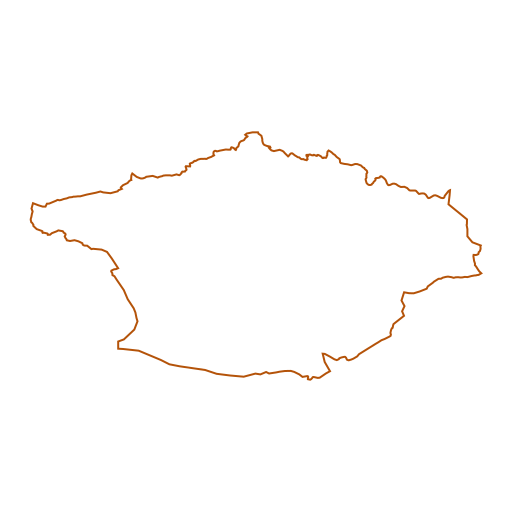 Vidra, Alba, Romania
{"feature_id": "2599482B12532638103294", "entity_name": "Vidra", "entity_type": "district", "adm_level": 2, "iso_a3": "ROU", "parent_name": "Romania", "parent_adm1": "Alba", "projection": "robinson", "projection_center": [22.929, 46.365], "detail": "fine", "context": "isolated", "style": "outline", "palette": "amber", "viewbox_px": 512, "rotation_deg": 0, "n_neighbors": 0, "source": "geoboundaries", "source_scale": "gbopen_adm2", "svg_char_len": 6059}
<svg xmlns="http://www.w3.org/2000/svg" viewBox="0 0 512 512"><path d="M269.1,373.5L276.3,372.4L279.6,371.7L284.9,371.0L290.8,370.9L294.2,371.9L299.3,374.4L302.5,376.9L306.6,376.2L307.3,376.1L307.9,376.3L308.2,376.9L307.9,378.1L307.9,379.2L310.2,379.7L311.2,379.1L312.2,378.0L312.7,377.2L313.4,377.0L314.6,377.2L317.7,377.9L319.7,377.7L326.0,373.4L330.0,371.2L324.7,362.0L322.7,353.7L324.8,353.9L329.9,356.6L334.4,359.3L336.8,360.1L338.8,359.2L339.3,358.3L341.3,357.5L344.4,356.8L345.2,356.9L346.1,357.8L346.5,358.8L347.1,359.8L348.7,360.3L351.1,359.6L353.3,358.7L357.2,356.4L359.0,354.2L375.2,344.1L378.1,342.4L381.5,340.2L384.6,339.0L389.6,336.5L390.6,335.8L390.9,334.4L390.4,333.0L391.0,330.2L391.8,328.3L392.5,328.0L392.7,327.5L393.2,325.0L393.6,324.0L404.0,315.8L402.1,311.3L404.5,306.1L401.5,300.5L404.1,292.3L409.1,293.2L413.7,293.3L419.6,291.5L426.7,288.7L427.8,286.4L432.9,282.7L433.9,281.7L438.5,278.8L441.1,278.7L442.7,277.7L445.8,276.9L448.0,276.6L451.6,277.2L453.5,277.8L454.6,277.6L455.6,277.3L458.2,277.2L460.5,277.5L462.4,277.4L464.8,276.9L467.5,277.1L471.6,276.0L474.3,275.5L476.0,275.4L476.9,275.1L478.6,274.9L481.3,273.3L479.3,271.4L477.9,269.4L476.6,267.3L475.6,265.9L474.9,265.2L475.0,263.6L474.1,260.9L473.4,256.2L473.6,254.9L475.9,255.0L476.8,254.8L478.3,254.1L478.5,253.4L478.7,252.2L479.9,251.1L480.4,249.6L480.6,248.6L480.4,246.4L480.8,245.5L472.4,242.3L467.4,236.3L467.4,229.1L466.6,224.9L466.9,224.2L467.0,219.4L448.5,204.3L449.6,195.2L450.0,190.2L449.5,190.4L448.4,191.2L445.3,195.1L444.7,195.9L444.3,197.3L443.6,198.0L442.4,198.1L440.9,197.8L437.4,196.0L435.5,195.3L435.0,195.3L433.7,195.5L429.7,197.9L428.6,198.1L427.9,197.8L425.8,194.7L424.3,193.6L422.9,193.4L420.9,193.5L419.6,193.9L418.9,193.9L418.3,193.3L416.1,190.9L415.4,190.6L414.6,190.5L410.3,190.5L409.4,190.3L407.1,188.0L404.4,186.8L400.9,187.0L398.5,185.9L396.1,184.2L394.5,183.7L392.8,183.7L391.8,184.1L390.2,184.9L388.8,185.2L387.9,184.8L386.7,182.8L386.4,181.8L385.8,180.3L384.9,179.1L383.3,177.6L382.2,176.9L381.8,176.5L380.9,176.2L380.1,176.6L379.7,177.5L378.1,177.9L376.0,178.1L375.3,178.7L375.6,179.7L375.4,180.1L375.0,180.7L373.9,181.6L373.4,182.4L373.1,183.0L372.0,183.9L371.6,184.6L370.3,185.0L369.4,185.0L368.5,184.8L367.7,184.2L366.7,183.2L366.4,182.4L365.6,179.5L365.7,178.9L366.1,178.5L366.5,177.4L366.3,176.3L366.4,175.9L366.4,173.8L367.1,172.9L367.3,172.4L366.8,170.7L364.7,168.9L364.2,167.9L363.7,167.8L362.7,167.2L361.0,165.5L357.3,164.1L355.6,164.0L354.8,164.1L352.5,164.9L351.2,165.2L347.7,164.3L344.3,163.9L340.8,163.1L340.1,162.3L339.8,159.6L339.5,159.0L336.7,157.0L334.8,154.9L333.3,154.0L331.8,152.5L330.4,151.5L328.6,150.5L327.5,151.7L327.4,152.8L327.2,153.7L327.3,155.0L327.1,155.4L326.7,155.8L326.7,156.6L326.0,157.8L325.3,157.8L324.0,157.5L323.7,157.9L323.0,158.1L322.4,157.9L320.9,156.3L318.8,155.2L317.9,154.9L317.2,155.1L316.9,155.9L316.5,155.9L313.9,154.8L313.3,155.0L313.0,155.4L311.6,155.2L310.1,154.5L309.6,154.5L308.8,154.8L306.7,154.9L306.4,155.1L306.5,155.9L307.8,156.4L307.5,156.8L307.2,157.8L307.2,158.5L307.6,159.1L306.7,160.2L304.2,159.6L303.5,159.1L301.8,159.2L300.6,158.7L299.4,157.5L298.8,157.3L298.1,157.3L297.1,156.8L296.8,156.5L294.9,155.4L292.4,153.4L291.7,153.3L291.2,153.3L290.1,154.1L288.8,155.8L288.1,156.4L284.7,153.0L283.5,151.6L282.4,150.9L279.7,149.8L273.9,151.1L271.5,150.4L270.3,149.4L269.1,148.0L270.4,147.5L270.0,146.6L266.7,145.9L264.3,144.9L263.6,144.3L262.8,142.8L262.3,140.8L262.3,139.1L261.4,135.8L260.1,134.8L258.5,133.7L258.0,132.3L252.7,132.3L246.8,133.5L245.2,134.8L246.1,135.6L247.5,136.4L247.3,136.7L245.3,138.1L244.2,139.9L243.2,140.5L241.3,141.1L240.5,141.6L240.1,142.0L239.3,142.9L238.5,145.6L238.5,146.0L238.1,146.6L236.4,148.0L236.2,148.6L236.1,149.6L235.8,150.0L235.2,149.7L233.8,148.1L232.4,147.5L231.4,147.3L231.2,147.5L230.8,148.4L230.7,149.3L230.5,149.6L230.2,149.7L228.6,149.7L225.8,149.5L219.6,150.7L218.3,151.1L216.8,151.4L216.2,151.0L215.1,150.8L214.0,151.4L213.7,151.8L213.5,152.4L213.4,154.2L213.9,155.0L214.1,155.3L213.6,155.7L212.5,156.1L211.5,156.8L208.1,158.0L206.8,158.8L206.0,159.0L205.5,158.8L200.6,158.9L198.2,159.5L195.6,161.0L195.3,160.9L194.5,160.9L193.6,161.5L193.5,162.0L193.1,162.3L192.2,162.6L192.0,162.9L190.3,163.3L189.8,163.7L190.0,164.8L190.2,165.6L190.1,166.4L185.9,166.2L185.6,166.7L186.5,169.4L186.4,170.0L185.8,170.5L185.3,170.8L185.0,171.5L183.4,171.7L182.4,171.6L181.8,172.2L181.4,172.8L181.5,173.2L180.0,174.8L179.2,175.2L176.5,174.4L171.8,175.7L169.7,175.3L166.1,175.3L163.3,175.6L162.1,176.2L161.0,176.4L158.5,177.1L157.8,177.6L152.7,175.9L146.2,176.8L145.5,177.4L144.4,177.9L142.9,178.4L141.6,178.5L140.5,178.4L136.7,176.9L132.3,173.5L131.4,175.3L131.1,179.0L131.3,180.0L130.6,180.1L129.0,181.3L127.6,183.0L123.0,185.2L120.8,187.4L121.1,188.1L121.8,188.9L118.5,190.2L117.7,191.3L110.5,193.2L103.2,192.4L100.4,191.5L96.0,192.7L86.7,194.6L80.3,196.3L78.1,196.3L75.6,196.6L73.3,196.7L72.2,197.1L69.2,197.4L66.7,198.4L63.8,199.0L61.0,200.0L59.4,200.3L57.8,199.9L57.1,200.1L56.3,200.6L49.1,203.6L46.9,203.7L45.5,206.6L42.7,206.6L38.2,205.2L33.0,203.2L31.5,208.7L31.9,209.4L32.2,210.6L32.6,211.1L32.6,211.6L31.9,214.0L31.3,217.2L30.9,218.3L30.7,219.8L31.3,222.3L32.1,222.8L33.4,224.8L33.3,225.2L33.4,226.0L36.7,229.1L42.0,231.0L42.4,231.3L42.4,232.6L42.7,232.9L43.9,232.7L47.4,233.5L47.7,233.8L47.8,234.8L50.1,234.7L51.8,233.2L56.7,231.3L58.3,230.4L62.7,231.2L63.2,231.6L63.6,232.6L65.3,233.6L65.6,234.7L64.7,236.4L65.6,238.2L66.3,239.0L66.7,239.8L66.8,240.3L70.0,241.0L74.5,240.2L78.4,241.3L82.3,243.2L82.8,244.7L83.7,245.3L84.7,245.6L87.2,245.7L91.4,249.1L93.1,248.8L101.6,249.6L107.0,251.9L111.8,258.5L118.1,268.2L116.0,269.1L114.1,269.3L111.4,270.6L111.2,271.5L112.3,273.2L112.5,275.2L113.6,275.7L114.5,276.3L116.6,279.6L123.8,290.1L127.7,299.2L133.7,308.3L135.4,312.5L136.5,318.0L137.5,321.3L134.3,329.6L123.9,339.4L118.2,341.5L118.2,348.7L123.2,349.0L138.7,350.7L160.9,360.0L169.4,364.3L179.7,366.3L205.2,370.0L216.6,373.8L230.1,375.5L243.7,376.7L255.4,373.6L260.4,374.4L266.1,372.0L269.1,373.5Z" fill="none" stroke="#b45309" stroke-width="2"/></svg>